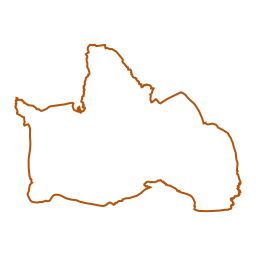 the district of Bang Krathum, Phitsanulok, Thailand
{"feature_id": "78962969B64278922015209", "entity_name": "Bang Krathum", "entity_type": "district", "adm_level": 2, "iso_a3": "THA", "parent_name": "Thailand", "parent_adm1": "Phitsanulok", "projection": "orthographic", "projection_center": [100.362, 16.614], "detail": "fine", "context": "isolated", "style": "outline", "palette": "amber", "viewbox_px": 256, "rotation_deg": 0, "n_neighbors": 0, "source": "geoboundaries", "source_scale": "gbopen_adm2", "svg_char_len": 5770}
<svg xmlns="http://www.w3.org/2000/svg" viewBox="0 0 256 256"><path d="M240.6,182.3L239.3,179.2L238.1,174.6L237.1,173.8L237.2,172.4L237.6,170.9L236.9,170.6L237.6,163.2L236.4,159.5L235.7,152.8L233.8,147.0L232.5,141.9L231.7,140.7L231.2,138.9L229.9,136.5L229.2,135.8L228.5,134.2L227.6,133.0L222.4,129.7L218.0,127.5L216.9,125.7L215.5,124.5L212.2,123.6L209.0,124.3L207.4,124.4L206.4,124.0L205.5,123.2L205.5,122.8L203.6,123.4L203.2,121.6L201.4,116.4L199.1,111.3L197.5,108.6L194.6,104.2L193.0,102.6L189.4,99.5L185.1,94.6L183.2,93.3L180.9,92.3L167.9,98.6L160.3,103.4L158.8,102.5L157.9,101.2L155.9,99.2L155.2,99.4L154.9,100.0L154.1,100.7L153.3,101.1L152.5,102.1L151.3,102.3L151.0,100.9L150.5,100.1L150.5,97.4L150.9,95.9L150.2,94.5L151.8,93.2L152.6,90.2L153.6,88.4L152.6,88.3L151.8,88.5L151.6,88.4L151.1,88.5L151.1,88.0L151.3,87.7L151.4,87.3L150.8,86.2L150.2,85.7L149.8,85.4L149.3,85.3L148.5,85.0L147.2,84.9L146.7,84.5L146.1,84.6L145.5,85.3L144.5,85.0L143.5,85.4L143.5,86.1L143.1,86.6L141.6,87.2L141.4,86.1L141.0,85.7L141.3,85.1L141.3,84.4L140.7,84.2L140.3,84.5L139.3,84.2L139.1,83.6L139.2,82.6L139.0,81.9L138.4,81.3L137.7,81.3L137.6,80.7L136.7,80.1L136.2,79.1L136.3,78.5L135.7,78.4L135.5,77.9L134.0,77.7L132.8,76.8L132.4,76.3L132.2,74.9L131.3,74.3L131.7,73.4L131.0,72.4L131.3,71.1L131.1,70.7L130.4,69.6L129.9,69.6L129.4,69.8L128.9,69.5L128.2,69.5L128.0,69.0L128.2,68.5L127.7,67.2L126.8,67.1L126.5,66.4L125.7,65.6L124.7,64.1L122.9,62.6L122.4,61.2L122.8,60.2L122.8,59.5L117.4,52.9L116.3,51.7L111.7,48.9L111.2,48.8L110.6,49.1L110.0,49.1L106.8,47.9L106.5,48.0L105.9,48.4L105.6,48.4L105.1,46.5L105.1,45.0L101.3,45.4L96.6,46.1L94.8,44.8L92.3,45.2L90.0,44.8L88.3,46.8L88.0,47.5L87.7,48.7L87.7,49.6L88.6,51.9L88.7,52.4L85.9,54.1L87.3,56.4L87.3,57.7L86.5,58.5L86.8,61.8L87.3,62.9L87.4,63.9L87.2,66.7L87.5,67.6L88.6,69.3L88.6,69.9L89.4,72.4L89.4,73.7L89.1,74.5L88.2,74.7L88.2,75.6L87.9,76.2L87.5,76.3L87.0,76.9L85.9,77.8L85.4,80.7L85.0,81.2L84.8,82.3L84.7,83.4L85.0,83.7L85.0,84.4L84.3,85.6L83.8,86.0L84.1,86.3L84.1,86.8L83.5,87.4L83.7,88.3L84.0,88.6L84.0,89.2L84.5,89.4L84.5,89.6L84.4,90.3L83.7,90.9L83.6,91.6L84.0,91.9L84.1,92.3L83.9,93.9L83.3,94.9L83.7,95.8L82.2,96.8L82.2,98.3L81.3,101.2L81.6,102.2L82.8,102.4L83.3,102.7L83.2,104.3L83.9,105.1L83.8,105.4L82.7,106.3L82.7,107.1L83.4,107.6L84.6,107.4L85.0,108.0L84.9,108.7L84.5,109.6L83.3,111.2L82.0,111.3L80.9,112.6L80.6,112.7L80.4,112.6L80.2,112.1L80.4,110.5L79.6,108.6L79.5,107.1L79.3,106.8L78.1,107.6L77.6,108.6L78.0,109.4L78.9,110.5L79.4,110.8L79.4,111.4L79.1,111.7L78.0,111.7L75.8,110.5L74.4,110.3L73.6,109.1L73.4,108.4L72.9,107.4L72.7,106.7L72.7,105.9L73.5,103.6L73.0,103.0L72.2,102.9L70.7,102.9L65.1,104.3L51.1,106.2L48.9,106.9L46.7,108.8L41.8,110.9L41.2,110.9L39.6,110.0L38.9,109.2L37.9,109.4L37.4,109.1L37.1,109.2L36.3,108.9L35.8,107.8L33.0,105.7L28.4,105.2L28.2,105.0L25.3,103.4L24.6,102.6L23.8,102.7L23.3,101.4L21.8,100.6L21.8,99.8L17.9,99.9L17.5,98.2L16.5,97.9L16.5,98.8L16.2,99.9L16.3,100.7L15.8,100.9L16.4,103.5L15.8,103.7L16.1,105.6L15.4,106.3L15.4,107.2L16.7,109.2L17.3,110.6L17.5,112.1L16.9,112.6L17.3,114.0L18.5,114.4L23.3,117.3L24.0,117.4L24.3,120.4L24.8,121.9L23.9,123.9L24.2,125.3L24.6,125.6L26.6,124.6L28.2,124.4L29.0,125.5L30.2,129.2L30.1,129.6L30.0,136.7L30.4,142.4L30.3,145.5L30.1,149.2L28.7,158.6L28.6,160.4L28.7,168.1L29.6,176.6L30.3,178.9L30.5,179.1L31.2,179.2L31.5,180.0L31.4,182.0L31.6,182.7L32.0,182.8L30.4,184.3L29.9,185.0L30.0,185.2L29.5,186.0L29.1,189.6L28.6,191.4L27.6,194.4L28.2,196.2L30.1,200.0L31.0,201.0L31.9,201.6L33.8,202.2L37.3,202.5L38.9,202.3L40.0,201.9L42.6,202.1L43.3,201.4L44.6,201.3L46.0,200.7L47.4,201.2L48.7,201.1L49.4,200.8L50.2,200.1L51.5,197.7L53.2,195.7L54.9,194.8L56.9,194.7L58.0,194.8L61.0,195.6L65.9,198.2L68.0,198.8L70.8,199.5L76.8,200.3L79.3,201.5L81.1,202.1L81.4,201.9L84.4,202.9L93.2,204.3L97.9,205.3L103.1,206.0L104.3,205.8L107.0,204.4L107.5,203.6L108.0,203.6L109.7,202.5L110.2,202.6L112.8,204.0L113.7,204.8L115.1,203.9L115.1,203.2L115.7,202.8L116.8,202.8L117.9,201.7L119.1,201.0L120.7,201.1L122.1,200.9L122.5,200.4L122.4,199.6L124.7,198.7L125.6,198.4L129.4,198.1L133.5,196.7L136.6,195.9L141.3,192.9L143.3,190.9L145.7,189.2L150.3,187.3L149.5,186.9L148.3,186.9L147.1,186.1L146.1,186.5L145.7,186.4L145.4,185.8L144.3,185.0L144.3,184.3L144.6,183.7L145.9,182.9L146.7,182.0L148.5,181.6L149.6,182.1L150.9,182.4L151.9,181.9L152.8,182.2L155.0,182.1L157.2,181.3L158.0,180.5L159.8,180.5L160.3,180.1L160.7,180.2L162.7,182.0L163.0,182.0L163.3,181.7L163.7,182.0L163.7,182.3L164.2,183.1L164.8,183.1L165.0,183.5L165.4,183.5L166.1,183.9L166.0,184.7L166.9,184.8L167.7,185.3L169.7,185.6L175.4,188.4L177.2,190.1L177.2,190.7L179.1,190.9L178.9,191.5L179.2,191.7L180.4,192.0L181.9,192.7L184.8,193.4L189.2,194.9L191.0,196.0L192.0,197.0L193.6,199.4L194.9,202.7L194.3,206.1L195.0,206.5L194.4,209.4L194.8,209.7L198.8,210.9L207.3,211.2L219.4,210.6L225.5,209.7L227.9,209.8L228.7,209.2L230.3,209.0L230.9,208.6L231.3,208.0L231.2,207.5L231.4,207.1L231.2,206.7L231.0,205.7L231.3,205.2L231.6,205.0L232.4,205.2L233.1,205.0L233.5,204.4L233.1,204.2L233.5,203.3L232.8,203.0L232.9,202.4L232.7,201.7L232.2,201.1L232.1,200.4L231.3,200.4L230.9,200.1L230.9,199.8L231.4,199.5L231.5,199.2L231.2,198.9L230.9,199.1L230.8,198.7L231.8,198.2L233.0,198.6L233.3,198.0L234.1,197.9L234.4,197.2L234.8,197.0L234.7,196.3L234.9,196.1L235.1,196.1L235.2,196.6L235.5,196.7L237.2,195.7L238.5,195.8L239.6,194.5L239.4,194.1L238.7,193.9L238.7,193.4L238.9,192.9L239.3,192.5L240.4,192.3L240.0,190.8L239.5,190.5L238.9,190.6L239.0,189.9L238.8,189.5L237.8,189.4L237.4,188.7L237.8,188.0L238.7,187.4L238.5,186.7L238.3,186.4L237.8,186.3L237.8,186.1L238.5,186.1L238.6,185.5L239.4,185.4L239.5,184.5L240.2,183.9L240.1,183.7L239.7,183.6L239.0,183.9L239.0,183.5L239.4,183.1L240.6,182.8L240.6,182.3Z" fill="none" stroke="#b45309" stroke-width="2"/></svg>